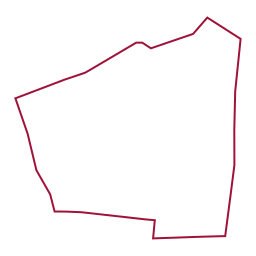 Trigg, Kentucky, United States of America
{"feature_id": "52423323B54823205349371", "entity_name": "Trigg", "entity_type": "district", "adm_level": 2, "iso_a3": "USA", "parent_name": "United States of America", "parent_adm1": "Kentucky", "projection": "equal_earth", "projection_center": [-87.889, 36.818], "detail": "fine", "context": "isolated", "style": "outline", "palette": "rose", "viewbox_px": 256, "rotation_deg": 0, "n_neighbors": 0, "source": "geoboundaries", "source_scale": "gbopen_adm2", "svg_char_len": 407}
<svg xmlns="http://www.w3.org/2000/svg" viewBox="0 0 256 256"><path d="M54.6,211.5L66.3,211.6L81.2,212.2L144.6,219.3L154.8,220.2L153.1,238.4L202.3,236.7L225.2,236.1L230.4,196.4L234.4,165.1L234.3,129.2L235.2,91.3L240.6,38.9L207.3,17.6L193.1,33.9L150.9,48.3L142.3,42.7L136.1,42.7L85.4,72.6L64.1,79.8L15.4,98.3L27.7,134.0L36.4,170.2L50.2,194.4L54.6,211.5Z" fill="none" stroke="#9f1239" stroke-width="2"/></svg>